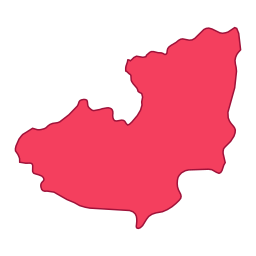 SVG path tracing the border of Lâm Đồng
{"feature_id": "VNM-480", "entity_name": "Lâm Đồng", "entity_type": "Province", "adm_level": 1, "iso_a3": "VNM", "parent_name": "Vietnam", "parent_adm1": "", "projection": "natural_earth1", "projection_center": [108.021, 11.753], "detail": "fine", "context": "isolated", "style": "filled", "palette": "rose", "viewbox_px": 256, "rotation_deg": 0, "n_neighbors": 0, "source": "natural_earth", "source_scale": "10m", "svg_char_len": 2708}
<svg xmlns="http://www.w3.org/2000/svg" viewBox="0 0 256 256"><path d="M240.6,49.8L238.2,52.5L236.8,54.5L235.6,57.3L235.0,60.5L235.4,64.1L236.1,67.3L236.5,71.3L234.7,87.8L227.9,112.3L228.2,117.8L229.5,121.1L231.0,123.4L233.7,126.6L234.7,128.2L235.3,130.0L235.1,132.8L233.9,136.3L230.6,141.4L225.1,146.9L223.6,148.7L223.1,151.3L223.1,153.4L225.2,162.6L223.8,165.1L222.0,170.5L220.7,172.5L219.0,173.3L216.4,172.3L211.9,169.7L208.5,169.2L188.6,169.9L185.3,170.7L181.5,172.8L179.3,175.2L178.0,177.4L177.4,180.3L177.2,183.6L177.5,186.8L178.4,189.7L180.7,194.4L181.1,196.3L180.7,198.3L179.0,200.5L175.9,203.5L172.0,206.7L167.3,209.6L162.5,211.7L155.9,212.9L152.0,214.2L148.7,216.4L146.6,219.1L142.6,225.6L140.3,227.7L138.4,228.4L137.0,228.1L136.3,227.0L136.3,225.9L136.5,224.5L136.8,221.1L136.7,218.4L136.3,216.1L135.2,213.8L133.0,211.8L129.6,210.5L89.9,208.1L85.2,207.2L79.7,205.6L74.3,202.6L66.9,199.5L53.9,192.1L47.1,191.1L44.7,191.2L42.9,190.6L41.7,189.4L40.9,186.9L40.8,185.0L41.2,183.5L41.8,182.5L43.3,180.9L43.8,180.1L43.9,179.1L43.3,177.5L41.7,176.0L38.4,174.7L35.5,173.9L33.7,173.2L32.7,171.7L32.6,170.3L32.7,166.9L32.7,165.7L32.5,164.8L32.1,164.0L31.3,163.4L30.1,163.1L25.7,163.2L19.7,162.2L19.6,158.6L19.0,156.8L17.9,154.4L15.5,150.9L15.4,148.7L16.0,146.0L19.0,139.1L21.2,136.2L22.7,134.5L32.6,128.3L37.3,129.7L39.0,129.8L40.9,129.6L44.3,128.7L46.0,127.8L48.1,125.8L50.1,124.4L52.7,123.4L57.5,122.7L59.7,121.9L68.9,114.8L77.3,106.1L78.2,104.4L79.1,101.7L80.0,100.6L81.4,99.9L83.9,99.4L85.5,99.6L86.7,100.1L87.2,101.0L87.4,101.9L87.7,104.6L87.9,105.8L88.3,106.7L88.8,107.4L89.3,108.0L91.2,109.6L92.3,110.3L93.4,110.6L94.5,110.5L99.9,109.5L102.3,108.7L106.8,107.9L108.4,107.8L110.0,108.2L111.4,108.9L112.3,110.0L112.8,111.5L112.9,113.3L112.7,115.3L112.9,117.6L113.6,119.5L114.7,120.7L116.6,121.0L121.7,120.1L123.5,120.4L124.6,121.1L125.4,122.2L126.0,123.3L126.9,124.3L127.7,125.0L129.4,124.3L131.9,122.0L137.4,115.5L140.5,110.2L142.0,105.1L141.7,101.9L142.6,97.1L141.8,93.8L140.8,93.0L139.4,92.4L138.1,91.4L137.5,89.4L136.9,88.1L133.2,83.8L131.7,81.5L131.2,80.2L130.9,75.5L130.3,74.5L129.3,73.9L127.8,72.5L126.4,71.2L125.8,71.1L125.7,70.6L125.7,68.1L126.0,66.2L127.4,62.1L127.8,59.9L128.9,59.9L130.3,60.8L131.9,59.5L133.9,57.5L136.5,56.2L142.9,57.3L145.9,56.7L146.5,55.2L148.1,53.8L149.7,52.4L151.3,51.6L153.5,51.6L158.0,52.7L161.4,52.9L162.9,53.4L164.1,54.1L165.0,54.5L166.0,54.2L166.9,53.1L167.3,50.1L167.8,48.5L169.1,46.8L171.5,45.1L176.1,42.4L178.5,40.4L180.7,39.2L182.7,38.9L189.3,40.2L192.1,39.9L194.8,38.4L203.9,29.5L206.2,28.4L208.8,28.1L212.0,29.0L219.8,32.8L222.5,33.3L225.6,32.8L228.1,32.0L234.7,27.6L236.7,28.4L238.7,33.4L240.6,49.8Z" fill="#f43f5e" stroke="#9f1239" stroke-width="1.5"/></svg>